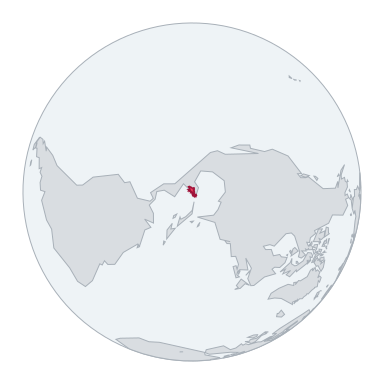 Quintana Roo on an orthographic globe, rotated 118°
{"feature_id": "MEX-2736", "entity_name": "Quintana Roo", "entity_type": "State", "adm_level": 1, "iso_a3": "MEX", "parent_name": "Mexico", "parent_adm1": "", "projection": "orthographic", "projection_center": [-87.753, 19.756], "detail": "fine", "context": "on_globe", "style": "filled", "palette": "rose", "viewbox_px": 384, "rotation_deg": 118, "n_neighbors": 0, "source": "natural_earth", "source_scale": "10m", "svg_char_len": 11257}
<svg xmlns="http://www.w3.org/2000/svg" viewBox="0 0 384 384"><g transform="rotate(118 192 192)"><circle cx="192" cy="192" r="169" fill="#eef3f6" stroke="#a8b0b8"/><path d="M219.8,224.7L215.8,223.2L212.0,228.3L198.1,220.8L192.8,211.0L148.5,194.3L143.6,188.9L143.1,180.4L126.8,151.4L134.6,178.2L128.5,172.7L123.4,163.0L126.0,160.9L122.2,146.9L116.5,141.2L115.1,124.1L124.3,103.9L126.3,107.4L128.3,102.6L125.9,98.2L123.9,96.5L127.5,77.8L121.3,67.2L114.2,68.3L119.8,65.1L102.8,70.7L96.2,70.2L106.9,68.3L110.4,66.2L107.5,64.2L110.5,61.8L110.8,59.6L114.6,57.1L120.6,56.7L123.2,55.2L120.9,54.0L123.4,51.0L126.3,53.0L130.8,48.2L141.6,47.9L146.3,57.2L155.4,56.7L168.6,65.7L170.5,63.4L176.8,66.0L181.4,64.5L182.5,67.1L185.2,63.8L183.3,61.7L183.8,59.7L186.3,58.7L188.2,61.7L187.2,62.6L189.1,63.0L189.0,65.0L190.5,63.5L192.5,67.5L194.3,62.3L199.0,64.5L199.3,67.6L194.3,68.8L182.7,80.7L181.5,85.0L184.7,89.4L201.2,94.0L201.9,98.5L206.4,103.5L208.3,100.0L205.5,95.0L210.1,90.2L206.0,85.2L207.3,82.7L205.2,77.3L210.8,76.7L217.5,79.1L219.6,83.7L222.6,85.1L224.9,79.8L233.0,88.1L245.5,93.5L247.1,96.1L242.3,102.1L231.4,103.8L225.1,113.5L234.6,106.0L238.2,113.4L241.1,114.4L244.0,113.5L244.7,110.3L247.1,112.9L238.6,120.7L236.4,118.5L239.1,115.9L234.0,117.0L228.3,123.2L230.6,127.0L219.6,133.9L221.1,136.9L219.5,140.3L217.9,135.0L220.6,145.0L208.1,157.5L211.6,175.5L202.3,162.0L195.4,160.8L187.3,161.5L187.7,164.4L176.4,162.5L166.9,168.9L164.6,183.3L169.3,194.2L181.8,194.5L185.1,188.3L193.9,186.7L188.7,203.4L204.3,205.1L203.4,217.3L208.1,223.3L215.7,221.2L223.6,223.6L228.9,216.1L237.5,211.4L238.2,221.1L242.5,211.7L247.6,215.8L264.4,212.9L263.3,215.4L277.6,224.3L292.1,226.2L295.5,232.3L293.8,237.0L298.6,237.0L298.7,239.7L317.0,238.3L325.5,241.7L324.6,251.1L316.4,264.4L306.3,287.7L290.7,298.5L285.0,307.3L269.9,320.9L260.7,322.0L261.5,326.6L254.9,330.6L248.5,331.9L245.9,335.4L241.0,336.2L243.2,337.9L233.4,343.0L233.8,345.8L226.1,349.4L226.6,350.8L224.4,351.0L221.6,351.8L220.7,352.6L214.9,351.8L215.5,348.3L219.2,346.1L216.3,346.0L224.4,339.9L220.6,341.4L225.0,332.2L232.1,323.5L240.1,297.0L237.2,291.8L225.3,286.3L211.0,265.4L215.4,255.9L212.1,251.6L223.1,237.3L219.8,224.7ZM43.9,160.7L44.9,156.9L45.3,159.9L43.9,160.7ZM44.9,154.2L44.7,155.6L44.7,154.4L44.9,154.2ZM44.5,153.1L44.8,153.9L44.3,153.4L44.5,153.1ZM43.7,152.1L44.2,152.5L43.7,152.1ZM211.3,181.7L229.2,188.9L219.6,190.9L221.3,189.1L216.7,185.9L208.2,183.2L199.6,185.6L211.3,181.7ZM43.1,149.4L43.0,148.6L43.6,148.6L43.1,149.4ZM218.1,171.2L215.0,170.7L217.9,170.4L218.1,171.2ZM122.5,96.2L125.5,98.4L126.6,103.6L123.7,102.0L122.5,96.2ZM120.9,87.2L123.2,87.2L120.8,91.8L120.2,90.4L120.9,87.2ZM108.4,70.0L110.3,71.0L107.4,70.9L108.4,70.0ZM110.1,59.8L108.6,60.4L109.4,59.1L110.1,59.8ZM202.2,78.2L203.6,77.8L203.3,78.9L202.2,78.2ZM199.9,76.3L198.4,78.0L197.1,77.4L198.0,76.3L199.9,76.3ZM116.0,54.1L117.8,52.0L117.0,54.0L116.0,54.1ZM202.0,74.5L195.0,76.1L192.7,75.1L194.3,70.5L202.0,74.5ZM119.5,50.8L123.6,46.2L120.6,47.0L131.4,42.8L124.3,47.7L123.9,49.9L122.1,49.5L119.5,50.8ZM181.6,61.5L183.7,63.6L179.6,62.8L181.6,61.5ZM178.8,61.5L165.3,62.9L163.4,59.6L168.3,59.7L164.0,56.5L169.6,54.2L173.3,55.5L173.4,57.9L175.5,55.2L178.8,61.5ZM136.7,41.4L138.6,40.5L137.7,41.5L136.7,41.4ZM183.7,58.8L181.2,59.2L179.3,56.4L184.1,55.1L183.2,56.4L183.7,58.8ZM160.0,57.0L159.5,54.9L164.0,52.3L164.4,51.2L169.6,53.9L160.0,57.0ZM184.9,56.6L186.6,54.5L189.7,55.1L186.1,58.3L184.9,56.6ZM176.8,56.3L176.2,54.9L178.1,55.2L176.8,56.3ZM201.9,56.6L198.9,56.8L197.7,55.3L201.9,56.6ZM187.0,53.8L185.9,53.6L185.1,53.1L186.8,52.0L187.0,53.8ZM172.4,52.1L174.4,51.6L170.5,50.9L173.7,49.2L176.6,51.4L176.7,49.8L177.6,49.3L178.9,51.7L172.4,52.1ZM186.1,49.5L190.9,52.2L196.8,51.9L198.1,53.2L188.4,53.4L186.1,49.5ZM181.8,50.5L184.8,50.1L184.8,51.7L182.8,53.0L181.8,50.5ZM174.8,47.4L169.1,49.3L168.7,48.8L174.8,47.4ZM187.8,49.0L186.6,48.5L188.2,48.8L187.8,49.0ZM178.8,47.5L176.8,48.2L176.4,47.5L178.8,47.5ZM185.8,46.8L187.4,47.6L186.1,48.4L185.8,46.8ZM182.6,46.8L182.4,45.8L184.7,48.2L181.8,47.2L182.6,46.8ZM178.7,46.8L177.8,46.6L179.5,46.6L178.7,46.8ZM189.9,43.5L193.1,46.3L190.2,48.0L187.5,45.0L189.9,43.5ZM224.0,353.6L215.1,352.3L220.4,352.9L225.6,351.1L229.7,352.2L224.0,353.6ZM238.7,348.6L243.8,347.1L244.5,347.3L241.2,348.5L238.7,348.6ZM315.7,76.9L315.2,76.4L312.4,73.5L307.8,70.6L311.4,74.0L316.0,77.2L316.4,77.9L321.3,83.4L317.9,79.7L312.0,76.1L315.4,82.8L327.1,100.5L327.6,104.8L324.6,105.4L313.0,91.9L313.2,84.1L309.1,80.0L302.8,77.1L303.4,75.2L300.8,73.3L300.3,70.5L293.4,63.4L291.9,60.7L283.2,55.1L281.3,53.1L287.0,56.8L290.2,58.3L285.8,52.7L283.2,50.8L277.9,47.8L277.3,47.0L272.7,44.9L267.3,41.4L270.1,44.2L263.9,41.6L257.4,38.3L255.9,38.2L266.5,43.6L270.3,45.4L272.8,46.1L283.6,52.5L286.4,55.1L277.0,50.9L279.9,54.5L271.3,50.4L247.8,37.0L241.0,33.4L242.5,31.4L247.5,33.0L249.5,34.4L253.2,34.9L250.2,34.0L249.8,33.5L243.8,31.6L243.2,31.2L238.4,30.2L237.0,29.6L240.1,30.2L230.0,27.6L225.4,26.4L223.4,26.0L222.6,26.0L218.2,25.1L230.5,27.5L242.5,30.8L254.3,34.9L265.7,40.0L276.7,45.8L287.3,52.5L297.4,59.9L306.8,68.1L315.7,76.9ZM216.2,24.8L217.4,25.0L215.7,24.9L210.7,24.5L209.2,24.1L210.8,24.2L211.5,24.2L216.2,24.8ZM210.4,24.0L209.6,24.1L207.1,24.0L206.9,23.8L205.0,23.7L201.9,23.4L201.7,23.7L184.5,24.7L176.6,24.9L178.4,24.1L164.8,26.2L157.0,27.2L158.1,27.3L152.4,29.0L154.7,28.6L154.8,28.8L141.1,34.4L136.7,35.8L132.1,39.3L132.7,39.5L135.7,38.5L131.4,42.8L120.6,47.0L119.8,46.3L113.6,49.8L112.7,48.0L109.0,48.5L111.7,45.3L108.6,46.4L106.5,47.7L100.7,50.7L96.0,53.0L109.0,45.1L117.8,42.9L115.0,43.0L118.4,41.4L119.1,40.6L116.9,41.1L114.9,42.1L122.9,37.8L134.7,33.0L146.9,29.2L159.4,26.2L172.0,24.2L184.8,23.2L197.6,23.1L210.4,24.0ZM359.9,172.9L359.8,172.6L359.9,174.2L357.8,190.0L354.8,186.7L345.7,170.3L344.4,159.7L340.0,150.2L327.7,105.7L329.7,104.0L325.2,89.8L325.5,89.5L331.0,96.9L331.7,97.0L338.9,108.6L345.2,120.7L350.4,133.2L354.6,146.2L357.8,159.4L359.9,172.9ZM337.3,124.8L338.9,127.7L338.9,127.8L337.3,124.8ZM265.0,212.7L267.0,214.3L264.4,214.8L265.0,212.7ZM218.6,195.1L222.2,195.0L224.2,196.4L221.5,197.1L218.6,195.1ZM248.5,192.2L252.5,192.5L248.5,193.9L248.5,192.2ZM231.9,189.8L245.3,192.3L237.3,196.2L228.9,194.7L234.6,193.3L231.9,189.8ZM217.0,177.1L219.3,177.7L218.8,179.6L217.0,177.1ZM220.2,171.0L219.3,171.2L218.0,169.8L220.2,171.0ZM238.7,113.0L239.4,112.4L242.6,112.2L241.4,113.7L238.7,113.0ZM254.5,104.2L258.0,108.6L254.7,106.3L253.8,108.9L245.8,107.7L247.4,97.4L248.1,102.1L254.5,104.2ZM235.5,103.9L240.4,105.4L235.0,104.2L235.5,103.9ZM287.2,67.1L289.1,67.0L292.3,69.7L294.1,74.5L289.4,70.5L287.2,67.1ZM290.9,66.4L281.1,61.7L279.6,58.9L282.1,61.2L282.1,59.9L286.1,63.2L294.3,65.8L297.7,68.4L299.2,75.0L296.8,71.2L295.1,71.3L290.9,66.4ZM258.7,58.6L254.4,57.7L256.6,52.8L260.4,54.3L262.4,58.8L259.2,59.7L258.7,58.6ZM206.1,66.5L204.3,67.4L203.8,66.4L204.8,64.9L206.1,66.5ZM200.6,56.8L213.3,62.3L211.9,63.4L221.0,66.0L220.9,70.0L215.0,68.1L221.7,73.4L216.3,73.3L221.3,76.7L208.2,72.1L203.6,72.6L208.7,70.4L209.0,66.6L207.7,65.1L200.8,61.6L191.1,61.3L189.8,58.0L191.5,55.7L193.6,55.2L193.8,57.4L196.5,55.2L198.3,58.2L200.6,56.8ZM211.7,37.1L211.0,38.8L216.8,37.0L218.7,39.0L219.2,38.7L222.6,40.2L227.6,41.6L227.7,42.7L229.6,42.8L231.9,44.0L234.5,44.6L235.7,46.8L239.0,47.9L237.7,48.4L243.1,49.6L239.6,49.7L242.2,51.6L244.2,50.5L244.1,63.2L246.8,69.3L250.9,74.5L244.3,74.6L236.2,70.0L228.4,63.8L226.8,58.3L224.1,59.6L222.6,57.5L225.3,57.3L220.1,56.3L219.6,54.6L212.6,50.5L205.4,50.7L202.7,49.4L205.2,48.5L200.7,47.9L203.7,45.4L201.8,44.6L202.8,41.5L208.8,40.7L206.2,39.8L206.9,37.8L211.7,37.1ZM190.4,42.6L197.1,40.6L201.5,40.9L197.9,46.1L199.2,47.3L197.1,51.1L190.8,50.7L192.0,49.6L191.7,48.5L193.8,49.0L191.9,47.8L193.4,46.3L192.4,45.0L194.9,44.6L190.4,42.6ZM322.8,85.8L322.4,85.1L321.2,83.3L324.2,86.9L322.8,85.8ZM318.9,83.3L318.2,82.0L321.9,85.8L322.2,86.8L318.9,83.3ZM314.6,78.3L317.8,81.7L316.3,80.4L314.6,78.3ZM285.9,55.7L284.7,54.4L285.9,54.9L288.0,56.4L285.9,55.7ZM229.3,33.8L228.2,34.3L227.1,34.0L222.0,34.1L220.2,32.9L222.5,32.3L229.3,33.8ZM226.5,32.5L224.6,32.6L224.8,32.0L226.5,32.5ZM218.7,32.0L218.4,31.2L219.4,32.7L218.7,32.0ZM208.4,25.1L217.4,26.1L222.7,26.6L223.8,26.4L226.1,27.4L217.9,26.5L208.4,25.1ZM187.6,24.6L186.7,25.3L184.5,25.2L184.4,25.0L187.6,24.6ZM188.8,25.0L192.5,25.7L190.3,26.2L187.9,25.5L188.8,25.0ZM209.8,28.1L212.6,28.3L212.3,28.8L209.8,28.1ZM137.4,40.4L138.5,40.5L136.6,41.1L137.4,40.4ZM156.3,28.6L156.1,29.0L153.9,29.5L156.3,28.6ZM154.4,30.5L157.1,29.7L154.9,30.7L154.4,30.5ZM162.9,28.0L158.4,29.4L161.8,27.9L162.9,28.0Z" fill="#d9dde1" stroke="#a8b0b8" stroke-width="1"/><path d="M190.2,195.8L190.2,195.7L190.0,195.8L189.9,195.7L189.8,195.8L189.8,196.0L189.7,196.2L189.6,196.3L189.6,196.5L189.4,196.6L189.3,196.8L189.3,197.0L189.2,197.0L189.0,197.3L188.9,197.4L188.9,197.5L188.7,197.4L188.4,197.2L188.1,197.2L188.1,197.3L188.1,197.1L188.3,196.7L188.4,196.4L188.4,196.2L188.3,195.9L188.4,195.7L188.3,195.4L188.2,195.3L188.2,195.1L188.3,194.5L188.3,194.3L188.4,194.2L188.5,194.1L188.5,193.8L188.5,193.6L188.4,193.4L188.2,193.0L187.8,192.7L187.7,192.6L187.4,192.3L187.4,192.2L187.5,192.0L187.5,191.9L188.0,191.7L188.3,191.5L188.7,191.5L188.7,191.4L188.8,191.4L189.0,191.2L189.1,191.3L189.1,191.2L189.4,191.0L189.6,190.9L189.8,190.9L190.1,190.7L190.3,190.4L190.5,190.3L190.5,190.5L190.6,190.4L190.6,190.2L190.8,189.9L190.9,190.0L191.0,190.0L191.3,190.0L191.6,189.8L191.8,189.7L192.0,189.5L192.2,189.4L192.3,189.2L192.4,188.9L192.6,188.5L192.6,188.3L192.5,188.0L192.5,187.9L192.5,187.7L192.6,186.9L192.8,186.9L192.7,186.9L192.7,187.0L192.8,187.0L192.9,186.9L193.1,187.0L193.3,187.0L193.6,186.9L193.7,186.7L193.4,186.8L193.2,186.7L193.2,186.8L193.1,186.7L193.0,186.8L192.9,186.8L193.1,186.6L193.3,186.7L193.7,186.5L193.8,186.5L194.0,186.6L194.2,186.9L194.3,187.0L194.5,187.0L194.6,187.4L194.6,187.5L194.6,187.9L194.8,187.8L194.7,188.1L194.6,188.3L194.5,188.6L194.4,188.7L194.4,188.8L194.2,189.0L194.0,189.3L193.9,189.4L193.9,189.5L193.7,189.5L193.4,189.8L193.1,190.3L193.0,190.5L192.9,190.6L192.8,191.0L192.8,191.3L192.9,191.5L192.8,191.9L192.8,191.7L192.8,191.4L192.7,191.4L192.8,191.5L192.7,191.8L192.4,192.0L192.3,192.3L192.2,192.4L192.3,192.3L192.3,192.2L192.1,192.2L192.0,192.4L192.1,192.5L192.3,192.6L192.2,192.6L192.3,192.7L192.5,192.6L192.8,192.6L192.7,192.5L192.9,192.5L192.9,192.4L192.9,192.5L192.9,192.8L192.7,192.9L192.6,193.0L192.6,192.9L192.5,193.0L192.4,193.0L192.2,193.2L192.3,193.2L192.2,193.3L192.3,193.3L192.2,193.4L192.2,193.5L192.3,193.6L192.4,193.4L192.5,193.4L192.8,193.3L192.7,193.4L192.6,193.5L192.5,193.8L192.5,194.1L192.4,194.2L192.4,194.6L192.3,194.9L192.1,195.2L192.0,195.3L192.0,195.5L192.0,195.9L192.0,196.0L191.8,196.2L191.8,196.3L191.7,196.4L191.7,196.6L191.7,196.4L191.7,196.2L191.7,196.3L191.6,196.2L191.5,195.9L191.3,195.8L191.2,195.7L191.2,195.4L191.3,195.2L191.3,194.9L191.2,194.7L191.0,194.8L191.0,195.0L190.9,195.0L190.9,194.9L190.9,195.0L190.6,195.1L190.8,195.1L190.8,195.3L190.7,195.4L190.6,195.5L190.5,195.8L190.3,195.8L190.2,195.8ZM194.8,189.6L194.7,189.8L194.5,190.0L194.4,190.2L194.3,190.3L194.1,190.5L194.1,190.4L194.0,190.2L194.2,189.8L194.3,189.7L194.5,189.7L194.8,189.6ZM193.2,195.6L193.2,195.8L193.1,196.0L193.1,195.8L193.2,195.6ZM193.4,195.0L193.4,195.3L193.4,195.2L193.4,195.0Z" fill="#f43f5e" stroke="#9f1239" stroke-width="1.5"/></g></svg>